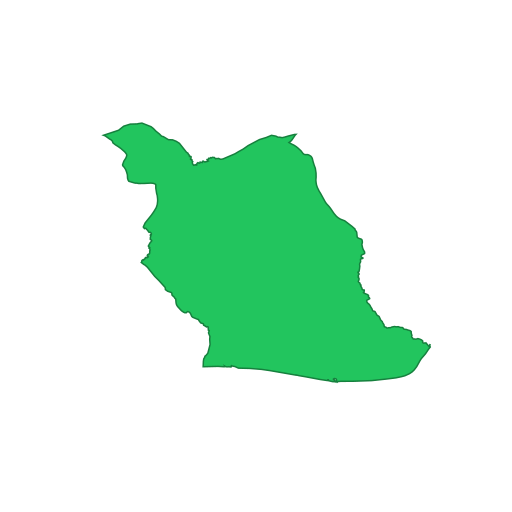 the district of Nagan Raya, Aceh, Indonesia, rotated 310°
{"feature_id": "22746128B8237986094994", "entity_name": "Nagan Raya", "entity_type": "district", "adm_level": 2, "iso_a3": "IDN", "parent_name": "Indonesia", "parent_adm1": "Aceh", "projection": "natural_earth1", "projection_center": [96.507, 4.176], "detail": "fine", "context": "isolated", "style": "filled", "palette": "green", "viewbox_px": 512, "rotation_deg": 310, "n_neighbors": 0, "source": "geoboundaries", "source_scale": "gbopen_adm2", "svg_char_len": 6107}
<svg xmlns="http://www.w3.org/2000/svg" viewBox="0 0 512 512"><g transform="rotate(310 256 256)"><path d="M141.6,283.3L137.2,286.7L147.0,297.8L150.3,302.3L151.0,303.1L151.5,303.3L151.6,303.0L151.8,304.1L153.1,305.8L153.7,306.3L154.5,307.6L155.0,308.2L155.3,308.3L155.8,308.0L155.8,307.7L156.3,307.7L156.4,308.4L157.8,311.0L158.8,314.6L165.8,323.4L172.7,333.1L177.1,340.2L190.5,363.3L190.7,363.2L192.0,365.9L195.4,371.7L202.5,384.3L206.5,390.8L207.1,390.8L207.3,390.6L207.7,391.0L207.5,391.4L207.2,391.4L207.1,391.7L208.9,395.3L210.4,397.3L210.8,398.1L211.2,398.4L211.6,397.9L211.2,397.0L211.3,396.4L211.1,396.0L211.4,395.5L211.4,394.9L211.2,394.7L211.5,394.4L212.3,394.6L212.8,395.1L213.3,396.4L212.9,397.4L211.8,398.4L211.8,398.9L211.6,399.3L212.5,399.5L214.6,401.6L222.3,410.7L234.9,424.7L245.7,435.1L252.6,441.5L256.8,444.8L259.9,447.0L264.5,449.2L267.6,450.1L270.5,450.4L274.6,450.2L281.2,448.9L283.7,448.6L290.1,448.7L295.4,448.1L298.3,448.0L298.8,446.9L300.4,446.1L300.0,446.1L297.8,447.3L298.6,442.6L298.4,442.7L298.4,441.9L298.1,441.4L297.0,440.4L296.8,439.8L297.0,439.1L297.8,438.6L298.1,438.2L298.1,436.8L297.6,434.9L296.8,433.1L295.0,432.0L294.4,430.8L293.7,430.2L293.5,429.6L293.8,428.9L294.0,427.3L294.4,426.9L295.4,426.5L296.6,424.6L297.9,423.4L297.9,422.6L297.8,421.8L296.8,419.7L296.5,418.6L295.1,416.5L295.1,415.9L295.4,414.8L295.3,414.1L294.0,412.4L293.3,410.4L291.9,409.0L291.0,407.4L288.9,405.7L287.5,405.1L286.5,403.9L285.1,402.8L284.9,402.3L285.0,401.3L284.3,399.8L285.7,398.0L286.2,396.1L286.9,394.9L287.1,392.7L288.7,389.4L288.8,388.7L288.5,387.3L288.5,386.6L289.9,382.9L289.8,382.4L289.2,381.3L289.1,380.5L290.2,378.5L290.6,377.0L291.5,374.9L291.8,373.2L291.7,372.2L291.9,370.9L292.3,370.2L293.1,369.4L294.0,369.5L295.1,370.1L296.4,370.5L296.8,369.9L296.9,368.4L297.9,367.8L298.2,366.9L298.1,366.2L297.2,363.4L297.0,361.9L298.1,361.9L298.7,361.2L299.1,361.2L299.5,360.7L298.8,359.8L298.8,359.3L298.6,358.9L299.3,358.0L299.8,357.1L300.2,355.7L300.4,355.4L301.2,355.2L301.1,354.3L301.3,353.9L302.0,353.1L301.9,351.4L302.4,350.6L303.4,350.4L304.6,349.8L304.9,349.5L305.2,348.3L305.7,348.2L305.7,347.7L306.4,347.4L306.9,346.7L308.3,346.7L308.6,346.4L308.8,344.9L309.1,344.5L310.0,344.9L310.7,344.7L312.6,343.6L314.9,342.1L316.2,340.7L316.9,340.3L318.4,340.0L318.9,339.8L320.3,338.4L320.7,338.1L321.1,338.2L322.7,339.3L323.1,339.3L323.3,338.9L322.8,337.5L323.1,336.8L324.4,336.3L325.1,336.5L327.6,337.6L327.9,337.5L328.9,336.6L329.9,333.9L330.7,332.5L332.8,329.8L333.5,329.3L334.2,329.1L335.1,328.5L336.3,327.1L336.6,326.4L336.6,325.9L335.5,323.1L335.4,322.0L335.5,321.4L338.8,318.0L339.3,317.1L339.5,315.6L339.9,314.9L340.3,314.5L340.4,310.6L340.0,301.4L338.5,297.0L338.1,294.4L338.1,292.1L338.7,288.4L340.4,282.4L340.9,280.0L341.4,276.2L342.0,274.1L345.3,265.6L346.3,262.6L347.9,259.0L349.3,256.7L351.0,254.7L352.6,253.1L355.1,251.3L358.1,248.7L361.3,245.1L363.2,241.8L365.1,238.9L366.8,236.6L367.4,235.4L367.7,233.9L367.4,231.8L366.9,230.4L365.5,228.8L364.8,227.6L364.7,226.2L365.5,222.8L365.7,218.4L365.6,216.2L365.3,213.8L364.6,211.1L364.1,208.3L366.6,208.9L368.3,208.9L373.9,208.3L374.8,208.4L373.9,207.4L368.8,203.7L365.6,201.6L363.5,200.0L362.3,197.9L361.1,196.4L360.6,194.2L358.4,190.3L353.4,187.7L347.4,183.8L335.5,179.0L329.5,177.4L324.6,175.5L320.8,174.2L309.3,168.4L308.2,167.6L307.3,166.6L306.9,165.5L306.8,164.7L305.4,163.4L305.0,162.6L304.5,162.5L304.5,161.4L304.7,160.8L303.5,159.1L302.3,158.7L302.2,158.0L300.9,157.7L300.4,156.9L299.3,157.3L298.4,156.5L298.2,156.8L298.1,158.4L296.7,157.7L296.3,157.1L295.1,156.5L294.7,154.4L293.0,154.7L292.7,153.9L292.0,152.8L291.1,153.2L290.5,152.8L290.2,151.5L289.4,151.3L288.2,151.5L287.8,152.1L287.1,151.7L286.9,150.7L286.2,150.5L285.4,149.9L285.9,148.1L286.9,146.9L287.6,146.9L287.9,145.5L288.5,145.2L288.5,144.6L288.0,144.0L288.1,143.5L289.4,143.2L290.4,142.3L290.1,141.4L289.5,141.1L290.4,139.9L290.5,138.6L291.0,137.9L290.8,136.0L293.1,124.9L292.6,121.2L291.4,117.5L288.8,114.1L287.9,108.3L287.1,106.7L287.4,103.6L287.3,99.1L287.7,95.5L287.6,92.5L284.5,83.2L281.6,80.6L281.1,80.4L276.2,74.9L270.4,71.2L264.0,69.9L250.5,61.6L251.1,63.3L251.5,68.7L251.8,70.1L251.7,72.1L250.7,73.7L250.8,76.9L251.2,79.7L251.5,83.2L251.4,88.4L250.9,91.0L250.2,92.2L249.2,92.7L247.9,93.2L246.3,93.5L243.7,93.8L240.0,95.2L239.5,96.0L239.2,98.3L238.4,100.7L237.0,103.1L235.5,105.3L233.0,107.6L231.9,109.3L231.5,110.6L233.6,115.4L234.3,116.8L235.1,117.7L236.1,119.5L239.6,123.6L244.3,128.6L245.5,130.4L246.2,132.0L246.3,133.2L246.0,133.6L243.6,135.6L240.1,139.6L238.8,141.5L236.4,144.0L234.9,145.3L231.9,147.3L228.9,148.5L224.5,149.2L220.1,149.6L210.1,149.8L205.8,151.0L205.4,151.7L205.6,152.4L205.3,153.0L205.5,153.2L206.2,153.5L206.4,154.0L206.1,155.1L206.0,156.8L205.6,157.6L205.4,158.9L206.0,159.6L206.3,160.0L206.1,160.8L205.7,161.7L204.7,162.1L204.4,161.5L204.0,161.6L204.0,162.1L203.6,162.6L202.4,163.1L200.8,164.3L200.9,165.9L200.6,166.4L197.6,166.4L195.6,166.9L195.0,166.9L194.4,167.2L194.2,167.5L194.2,168.9L193.7,168.7L193.2,169.0L193.4,169.6L193.1,170.2L192.2,171.2L191.5,171.3L191.2,171.7L189.7,172.8L188.8,172.9L188.4,172.5L187.3,172.2L187.1,172.6L186.4,172.5L186.1,173.0L186.2,173.9L185.5,174.0L184.6,173.6L184.3,172.7L183.9,172.4L183.0,172.4L182.8,172.7L181.7,172.6L180.8,172.0L180.5,172.3L180.2,171.7L179.4,171.5L178.7,171.7L178.0,172.3L177.3,172.3L177.4,175.4L177.7,176.9L177.6,180.0L175.3,191.5L174.8,197.4L173.5,206.7L172.0,208.2L172.2,211.0L173.5,214.3L173.5,215.2L173.1,215.8L172.4,216.4L172.0,217.0L171.9,219.9L171.4,221.3L171.5,222.1L168.7,224.9L167.6,226.4L166.9,228.4L166.2,233.7L166.2,234.8L166.4,236.6L166.8,238.0L167.8,239.1L168.5,239.1L169.4,239.3L169.7,239.7L170.1,241.0L170.1,241.7L169.6,243.3L168.6,245.2L168.4,245.9L168.4,247.0L170.0,252.1L170.4,252.7L169.8,253.9L169.2,256.6L170.2,259.2L169.7,260.0L169.3,260.4L169.7,261.8L169.6,262.2L169.9,263.8L170.5,264.0L170.8,264.5L170.8,265.1L169.9,265.8L169.3,266.6L168.6,267.0L168.7,268.2L166.6,269.0L164.7,272.5L162.5,274.0L158.7,277.7L150.5,281.6L147.6,281.6L146.5,281.3L145.4,281.8L143.6,282.1L141.6,283.3Z" fill="#22c55e" stroke="#15803d" stroke-width="1.5"/></g></svg>